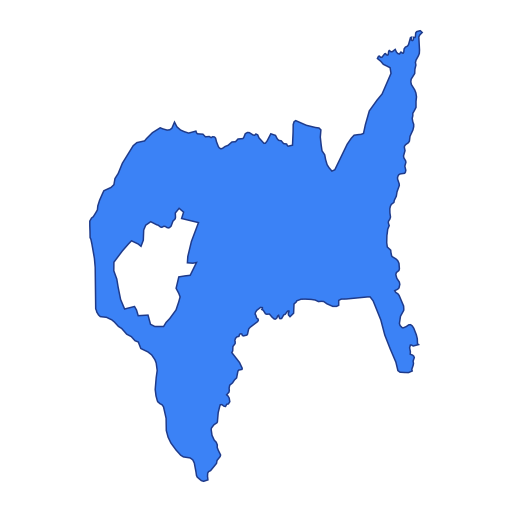 Kipushi, Katanga, Democratic Republic of the Congo (Equal Earth projection)
{"feature_id": "63176286B75279003671986", "entity_name": "Kipushi", "entity_type": "district", "adm_level": 2, "iso_a3": "COD", "parent_name": "Democratic Republic of the Congo", "parent_adm1": "Katanga", "projection": "equal_earth", "projection_center": [27.98, -11.623], "detail": "fine", "context": "isolated", "style": "filled", "palette": "blue", "viewbox_px": 512, "rotation_deg": 0, "n_neighbors": 0, "source": "geoboundaries", "source_scale": "gbopen_adm2", "svg_char_len": 6048}
<svg xmlns="http://www.w3.org/2000/svg" viewBox="0 0 512 512"><path d="M90.1,237.6L90.9,239.3L91.9,244.0L94.1,256.6L94.4,258.3L95.2,267.4L95.7,308.8L96.5,310.8L96.7,311.9L98.5,314.9L100.3,316.6L102.8,316.9L106.5,317.3L110.6,319.3L111.6,319.7L114.4,322.0L118.4,326.4L121.7,328.5L126.7,334.2L131.3,336.6L135.0,340.7L138.3,342.0L140.8,348.5L147.9,351.9L151.7,354.9L154.9,359.7L156.2,363.0L157.2,370.5L156.2,377.6L155.2,389.5L156.0,395.9L157.2,400.3L157.7,401.7L160.0,403.7L162.0,404.7L163.5,406.8L166.1,418.3L166.3,430.5L168.1,437.2L170.9,443.0L176.1,450.1L180.7,455.2L183.4,456.9L190.0,457.9L191.5,458.9L192.8,459.9L194.3,463.0L196.0,472.1L196.5,475.5L197.3,477.2L201.3,480.6L203.6,481.3L207.9,479.9L207.7,477.7L207.5,476.3L207.7,473.0L208.6,471.6L210.6,470.6L216.5,463.4L217.0,460.5L220.1,456.6L220.6,455.0L218.1,449.9L217.2,447.4L217.3,444.9L216.2,442.2L214.2,440.1L212.0,435.3L211.2,429.7L211.4,428.1L213.9,424.8L217.0,422.7L217.4,421.8L218.2,412.6L219.7,406.5L220.3,404.7L221.9,404.6L224.0,406.2L225.5,406.5L226.7,404.3L228.4,403.9L229.8,401.7L229.2,398.1L228.0,396.0L226.6,394.8L229.0,392.1L229.3,390.4L229.1,388.2L229.7,385.2L232.5,382.9L234.5,379.9L236.6,377.9L237.9,371.2L238.7,370.1L242.0,369.4L242.2,368.2L239.5,362.5L231.8,352.6L232.7,350.9L232.9,346.5L235.1,343.6L235.2,341.8L234.8,340.7L235.5,338.3L237.0,336.8L238.9,336.4L239.6,334.3L240.5,333.8L241.8,334.0L242.4,335.5L243.5,335.9L246.8,335.1L247.5,334.2L248.7,328.9L250.1,327.3L257.6,321.6L258.3,320.4L258.1,319.1L256.7,318.1L255.8,315.1L255.1,314.1L255.5,312.3L256.8,310.3L260.5,307.4L262.4,307.6L262.4,308.8L261.8,309.5L263.3,310.3L265.4,313.7L266.4,314.2L269.5,314.1L272.0,317.1L274.2,319.0L275.5,319.1L276.9,317.9L277.6,316.0L278.6,315.3L279.4,318.0L280.0,318.7L281.6,318.5L283.8,314.8L285.2,314.3L287.5,311.2L288.8,310.9L289.0,311.7L288.3,313.4L288.5,315.0L290.0,316.7L293.6,313.2L294.0,304.0L296.2,302.0L296.8,300.8L301.0,299.2L305.2,299.1L311.1,299.4L315.1,300.0L318.5,301.6L321.3,301.3L323.7,301.5L326.9,303.8L332.8,306.4L336.5,306.4L338.7,305.3L338.7,300.4L341.2,299.1L346.1,299.0L367.7,296.9L370.1,296.9L373.1,300.8L380.8,319.9L384.8,335.1L390.1,348.6L395.9,362.2L397.9,370.6L400.0,372.2L404.6,372.5L408.5,372.6L412.2,371.0L411.8,369.3L413.1,365.5L413.5,363.5L413.1,361.1L414.3,357.6L413.7,356.1L412.5,355.1L410.2,354.2L410.4,351.8L409.6,347.8L410.4,345.0L411.4,345.0L413.2,346.0L418.5,344.6L417.5,343.7L417.3,338.8L416.3,334.7L413.8,328.3L412.3,326.0L410.6,324.7L408.8,324.8L406.2,326.6L403.4,327.8L402.3,327.8L400.1,325.6L399.4,323.5L400.5,316.2L403.7,310.4L403.8,309.2L403.6,306.0L399.1,295.4L397.9,293.8L395.8,292.5L394.7,290.7L397.7,289.2L399.0,287.9L399.8,284.4L399.3,282.0L396.8,278.3L395.8,274.5L396.4,272.5L398.9,270.5L399.4,268.8L399.0,263.4L397.8,260.8L397.4,260.3L395.9,258.9L392.1,256.6L391.6,255.7L390.9,252.3L390.7,250.2L387.3,247.0L386.7,242.7L386.9,235.3L387.2,233.6L387.7,229.2L389.2,225.6L388.3,222.8L388.5,221.2L389.8,219.2L390.5,217.0L389.9,213.0L389.8,208.7L390.4,206.2L391.3,204.4L393.9,202.4L394.3,200.3L396.3,196.2L397.0,191.9L399.3,185.5L399.2,183.9L397.6,179.2L397.5,177.7L398.1,175.8L398.7,174.8L400.2,173.9L404.6,173.3L405.4,172.2L405.8,170.2L404.8,166.2L405.9,162.3L405.6,160.8L403.9,157.9L403.5,156.0L405.0,150.7L404.3,147.0L404.7,145.8L405.7,144.6L408.4,142.7L409.4,141.1L410.0,136.3L412.9,130.0L413.7,126.7L413.7,124.3L412.8,121.8L412.2,118.4L412.8,115.8L412.8,113.3L414.5,110.3L416.0,107.4L416.0,101.4L416.5,96.9L415.9,93.0L414.7,89.9L411.4,84.6L410.8,81.8L411.2,79.1L414.7,73.5L414.9,69.2L415.9,65.1L415.4,62.3L415.6,61.9L416.0,60.2L418.4,55.8L419.3,53.5L419.5,50.0L418.8,36.9L419.8,34.9L422.2,32.5L420.3,30.7L419.7,30.8L416.7,31.6L415.7,32.9L415.4,36.7L414.9,37.5L413.6,37.3L413.4,39.2L412.9,40.3L412.2,40.6L411.3,40.0L411.1,39.4L411.5,37.2L410.5,37.6L408.5,44.6L407.5,46.1L405.4,47.1L404.1,48.9L403.8,52.0L403.3,53.1L402.3,53.2L401.6,52.3L400.8,52.1L399.5,54.0L397.9,53.6L396.5,52.2L395.2,49.4L392.4,51.6L391.0,51.8L389.3,50.5L388.7,51.2L388.2,54.6L387.7,55.1L386.3,54.8L385.6,53.6L384.7,53.8L381.9,57.3L380.5,57.3L379.5,56.1L378.5,56.3L377.4,58.5L380.8,61.3L383.3,64.3L390.1,67.7L391.0,73.4L382.1,94.0L377.2,99.9L369.3,110.9L365.4,124.6L363.5,133.4L361.0,134.4L358.3,134.6L354.1,135.2L351.3,138.2L347.2,144.2L334.8,169.8L331.9,171.1L329.0,167.7L327.1,164.7L325.6,159.6L324.7,154.8L322.0,150.8L321.2,145.3L320.3,137.1L320.9,129.9L319.0,128.0L315.4,127.5L306.4,125.3L295.7,120.6L294.1,121.7L293.2,124.5L293.1,132.0L292.5,145.2L288.1,146.2L287.4,145.6L286.6,144.0L283.6,143.6L281.2,140.8L278.6,140.3L277.1,138.6L275.5,135.4L270.8,133.8L267.1,141.0L265.4,143.2L263.9,143.3L259.0,137.9L257.7,134.9L255.9,134.0L254.6,135.3L253.1,135.0L249.3,132.6L247.4,132.5L245.3,133.7L243.7,137.6L242.8,138.6L238.0,139.0L235.5,141.7L231.9,142.0L228.1,145.3L225.1,146.5L222.4,148.4L220.9,148.8L219.4,148.0L218.4,146.7L216.5,141.8L215.6,138.2L214.5,137.0L212.7,136.7L211.1,137.6L209.2,136.5L205.4,136.8L202.9,134.2L197.4,133.8L196.5,132.8L195.9,131.1L188.6,133.1L184.1,131.6L180.5,130.0L176.9,126.8L174.5,122.1L171.9,128.2L169.8,129.8L167.1,130.1L162.9,128.9L160.2,127.8L152.4,132.7L146.5,138.6L144.6,140.9L136.9,142.6L133.2,145.7L122.4,163.2L118.2,173.5L115.0,178.5L113.9,184.7L111.1,187.4L103.9,190.7L102.7,193.2L99.6,200.2L97.8,205.9L97.4,209.9L95.8,212.7L93.3,216.7L91.5,218.1L89.8,221.1L89.8,225.8L90.0,231.6L90.1,237.6ZM172.9,221.2L175.2,218.8L175.5,217.3L175.3,213.0L179.1,208.3L183.6,212.1L181.6,218.5L198.5,222.6L191.4,241.5L187.8,256.5L187.4,262.8L192.9,263.2L196.5,262.5L190.2,275.3L185.0,275.9L178.8,276.9L176.1,288.3L178.8,293.4L180.1,296.9L178.7,302.0L176.0,310.0L169.7,318.6L166.1,322.4L163.6,326.5L154.8,326.5L150.5,324.3L148.0,315.1L138.2,315.7L136.5,310.0L134.5,306.5L124.6,309.0L120.6,299.5L118.1,287.0L116.8,279.1L113.8,270.8L113.9,262.2L122.3,251.0L128.4,244.0L131.5,240.8L138.2,244.0L141.0,246.3L143.3,240.2L143.7,230.0L145.7,225.2L150.7,221.7L156.8,224.8L158.2,225.2L160.5,227.0L161.8,227.3L163.8,226.3L165.2,226.4L167.1,227.6L168.5,227.9L169.5,227.6L171.1,226.1L172.9,221.2Z" fill="#3b82f6" stroke="#1e3a8a" stroke-width="1.5"/></svg>